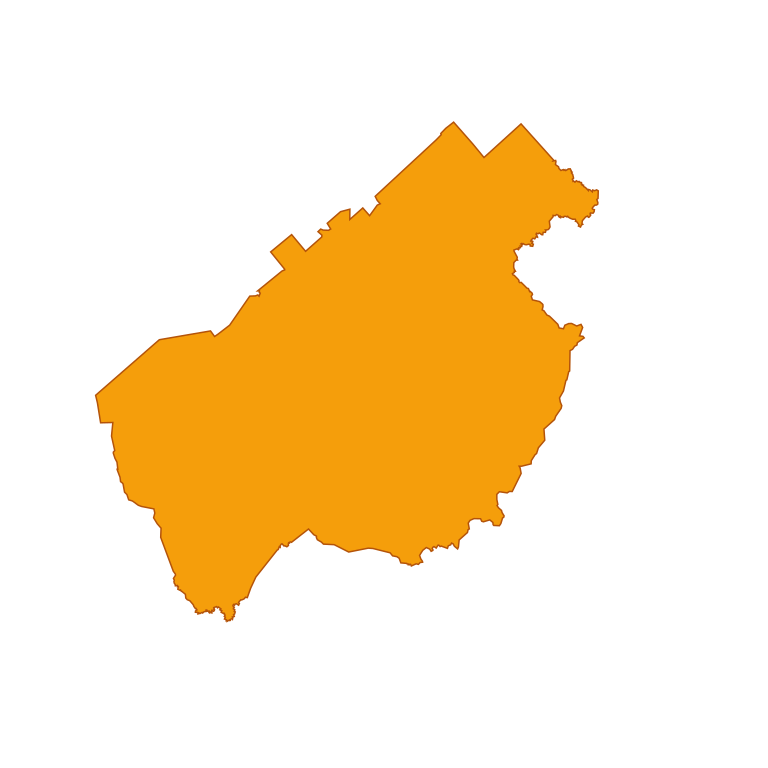 Drustu pag., Raunas, Latvia, rotated 327°
{"feature_id": "27541924B75967933450312", "entity_name": "Drustu pag.", "entity_type": "district", "adm_level": 2, "iso_a3": "LVA", "parent_name": "Latvia", "parent_adm1": "Raunas", "projection": "orthographic", "projection_center": [25.916, 57.238], "detail": "fine", "context": "isolated", "style": "filled", "palette": "amber", "viewbox_px": 768, "rotation_deg": 327, "n_neighbors": 0, "source": "geoboundaries", "source_scale": "gbopen_adm2", "svg_char_len": 6167}
<svg xmlns="http://www.w3.org/2000/svg" viewBox="0 0 768 768"><g transform="rotate(327 384 384)"><path d="M648.2,288.9L640.6,240.5L591.2,248.5L589.2,230.9L585.0,202.3L575.1,203.2L568.1,204.8L567.7,206.1L560.6,207.7L478.8,221.8L478.3,226.5L479.0,230.8L475.8,230.3L463.6,235.0L462.1,224.8L444.9,227.4L450.6,218.8L441.4,215.8L423.9,218.3L423.7,225.0L421.2,224.9L416.8,221.8L415.3,219.6L411.6,220.3L413.0,225.3L411.9,226.8L390.5,230.0L387.9,208.4L360.9,211.5L363.2,233.5L362.9,234.2L360.0,233.7L328.7,237.1L330.2,238.1L329.3,239.3L329.7,240.4L327.0,242.3L326.7,240.6L324.2,240.1L319.3,237.2L286.6,250.6L271.8,251.8L267.8,251.9L267.4,245.0L219.7,224.5L136.0,236.4L133.4,243.7L125.2,262.2L135.6,268.6L127.1,279.3L121.9,293.2L119.9,293.7L119.3,294.6L117.9,299.8L117.5,304.1L114.3,310.6L113.7,310.2L113.4,311.2L111.8,318.5L109.9,322.4L110.7,324.6L110.7,325.8L107.5,333.4L108.2,336.7L106.8,342.1L109.3,345.1L111.9,351.9L114.0,354.7L123.0,363.4L121.5,367.4L117.9,370.7L117.7,377.6L118.5,383.5L113.2,391.0L105.3,426.3L105.5,429.8L105.0,430.8L101.5,432.4L101.3,434.3L100.2,435.3L99.6,436.9L99.7,438.4L99.1,439.6L101.0,440.4L101.0,441.2L100.5,441.5L101.1,442.0L99.3,443.8L100.5,445.8L101.2,445.9L101.1,447.5L101.5,447.8L102.9,452.2L101.2,455.5L101.5,457.7L103.1,460.0L103.8,465.1L103.4,467.1L103.5,469.7L104.1,469.8L104.1,471.6L102.3,471.7L101.5,472.7L103.0,473.9L103.2,474.7L102.7,475.5L104.0,475.9L104.1,475.2L104.8,476.3L107.0,476.5L107.2,477.3L109.2,477.0L111.2,478.0L111.5,476.7L112.3,477.0L112.4,478.5L113.6,479.2L112.8,480.1L112.9,480.7L113.8,480.1L114.6,480.9L114.2,481.6L115.0,482.3L116.2,480.2L117.3,481.8L118.2,481.6L119.0,481.0L119.1,480.4L118.5,480.0L119.4,479.5L119.5,478.8L122.4,479.5L122.4,481.0L123.7,480.8L124.7,483.7L123.4,484.0L124.5,485.8L123.1,486.6L123.9,488.3L125.0,489.2L124.6,489.7L125.0,490.1L124.7,491.4L123.5,491.9L123.9,493.2L122.2,494.2L123.4,495.8L122.7,496.6L123.6,497.0L123.2,497.6L125.8,497.7L125.7,498.3L126.4,498.6L127.0,497.8L128.7,498.0L128.8,498.8L129.5,498.1L129.2,497.8L130.0,497.5L130.0,496.8L131.8,497.4L132.3,495.4L133.3,495.6L135.1,494.1L134.5,493.2L135.9,492.1L135.2,490.5L136.8,489.7L136.3,488.7L136.8,487.3L137.9,487.0L138.2,488.1L139.0,487.5L140.5,487.9L141.6,490.3L143.2,489.3L143.0,488.1L143.7,487.7L146.5,487.0L147.0,487.6L149.6,488.0L151.7,487.4L153.0,488.7L161.0,482.6L171.4,476.1L204.0,465.1L205.1,465.2L207.5,463.5L208.0,464.4L208.9,463.0L210.8,462.3L211.5,462.6L211.9,465.4L212.7,465.7L213.9,467.6L215.9,467.4L216.7,465.9L218.0,465.9L217.9,465.2L219.5,465.5L220.2,466.4L241.7,464.5L243.0,472.1L244.5,474.8L243.6,476.1L243.3,478.3L245.4,482.5L246.0,485.3L254.7,491.6L262.9,505.7L281.4,513.1L285.1,515.9L297.2,528.9L297.6,532.8L300.8,535.9L301.8,538.4L300.7,543.2L305.3,546.8L305.2,547.1L306.1,548.1L305.9,548.6L306.7,548.7L306.6,549.4L308.1,549.7L307.8,551.5L313.0,552.3L314.6,554.0L317.2,553.4L319.3,554.5L319.7,553.6L319.6,550.8L320.5,547.1L325.9,544.6L330.4,544.2L332.4,547.3L332.4,550.0L334.3,550.2L334.7,549.9L334.8,548.2L335.8,547.6L337.4,547.6L338.4,550.0L341.5,548.6L342.2,549.0L342.5,550.9L343.7,551.1L347.7,556.4L349.8,554.7L352.3,555.2L354.0,554.2L354.9,555.6L354.7,558.5L355.9,562.4L357.6,561.3L362.1,555.7L373.1,554.0L375.1,552.0L376.6,552.0L378.9,546.5L381.9,545.2L386.1,545.9L391.6,549.6L391.2,552.3L392.3,553.7L398.7,555.6L399.9,559.4L398.9,561.4L399.0,562.4L403.6,565.7L406.0,564.7L410.5,560.9L411.8,561.0L412.9,560.0L413.0,556.1L413.7,554.0L412.6,550.2L412.6,547.5L413.9,547.0L415.7,542.4L418.5,538.0L422.1,537.2L428.0,542.4L430.6,542.4L433.0,544.0L450.3,533.7L452.5,528.4L452.6,526.6L454.7,527.9L463.9,531.1L465.8,528.5L472.1,525.6L474.1,525.4L478.7,521.6L488.2,518.7L493.6,508.9L507.7,506.7L510.4,504.6L519.3,500.9L521.3,499.0L522.0,495.3L523.6,491.3L530.7,487.6L538.6,480.0L539.6,480.1L545.6,474.3L546.8,474.2L558.2,457.3L561.0,457.6L564.4,456.2L567.0,456.4L568.7,454.6L577.0,454.4L576.8,452.4L574.2,450.1L581.4,444.8L581.7,441.3L577.2,440.3L574.3,435.4L571.8,433.9L567.7,433.2L564.6,435.4L561.4,432.4L562.3,428.6L559.7,417.2L558.2,414.9L558.0,409.6L557.0,408.0L559.4,405.8L560.5,404.0L560.4,402.9L559.4,399.6L554.3,394.3L555.3,390.6L557.3,389.8L557.7,388.4L557.0,385.8L556.5,385.8L557.1,382.6L556.1,381.5L554.4,373.5L553.0,372.8L552.9,371.5L553.6,370.6L553.5,369.4L552.4,363.8L551.6,362.8L551.8,361.4L554.1,361.4L554.6,360.4L555.6,361.0L555.9,357.9L556.6,356.3L559.0,352.9L562.1,352.1L563.5,352.8L563.6,351.6L564.8,350.3L565.4,343.5L565.9,342.4L569.1,343.1L569.9,344.6L570.7,344.3L570.8,343.2L571.3,343.0L572.2,343.9L572.8,343.9L573.3,342.5L574.5,343.5L575.4,342.2L575.1,341.1L576.1,341.1L576.3,341.3L576.0,342.5L577.3,342.2L578.0,343.7L579.1,344.7L581.8,345.7L582.4,346.7L581.8,347.9L583.7,349.5L585.4,348.1L584.5,346.4L586.3,345.8L586.4,345.1L585.0,344.1L586.0,343.4L588.3,342.9L589.5,344.4L591.8,343.3L592.7,344.5L593.0,343.9L593.1,341.2L594.0,340.6L594.9,341.9L596.5,341.9L597.6,344.7L598.4,345.3L600.1,343.5L602.0,344.7L603.5,343.4L603.4,342.8L605.5,343.9L606.9,343.7L608.8,342.7L611.3,337.5L616.9,335.8L617.6,334.7L619.3,336.1L621.1,335.9L621.9,337.1L622.1,338.0L621.8,338.5L622.9,339.0L622.0,339.7L622.7,340.8L623.6,340.2L625.4,342.0L626.4,341.5L627.8,342.4L628.4,343.5L629.4,343.4L629.5,344.5L630.5,346.6L632.0,348.6L634.1,349.9L634.0,351.3L633.2,351.7L634.1,353.2L634.2,356.7L633.1,357.4L634.3,359.4L636.1,358.2L637.7,358.3L637.4,357.3L639.3,355.1L644.1,353.7L646.2,354.0L646.2,355.5L646.6,355.8L648.3,355.4L649.4,354.9L649.4,353.6L650.2,353.0L652.4,354.6L654.0,354.0L655.4,352.4L654.2,351.0L654.2,350.3L654.9,349.7L658.1,348.8L659.8,349.7L661.2,349.6L662.2,348.3L662.9,345.2L664.6,344.9L668.9,338.7L668.1,337.0L665.9,336.6L664.7,335.0L663.4,336.3L662.4,333.2L661.3,332.1L660.7,332.9L660.0,329.0L659.0,327.1L659.6,325.9L658.5,325.3L659.0,324.5L658.4,323.8L659.3,322.6L658.1,321.4L657.9,320.3L656.9,320.2L656.0,318.3L654.1,318.7L653.6,317.2L652.9,317.0L653.5,316.0L653.5,314.8L655.1,314.6L656.4,311.0L656.2,309.3L657.2,308.8L656.7,307.9L657.1,307.4L657.4,305.0L655.7,304.0L652.7,304.0L652.4,303.7L652.5,302.8L651.3,302.8L651.2,301.8L648.7,301.3L648.1,298.6L648.7,296.9L647.3,293.4L649.4,291.0L649.7,290.0L647.5,289.1L648.2,288.9Z" fill="#f59e0b" stroke="#b45309" stroke-width="1.5"/></g></svg>